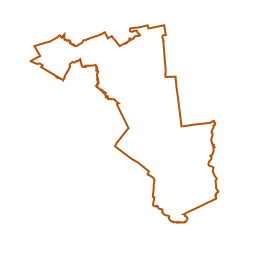 outline of Corbu, Olt, Romania, rotated 352°
{"feature_id": "2599482B79364764988142", "entity_name": "Corbu", "entity_type": "district", "adm_level": 2, "iso_a3": "ROU", "parent_name": "Romania", "parent_adm1": "Olt", "projection": "orthographic", "projection_center": [24.699, 44.468], "detail": "fine", "context": "isolated", "style": "outline", "palette": "amber", "viewbox_px": 256, "rotation_deg": 352, "n_neighbors": 0, "source": "geoboundaries", "source_scale": "gbopen_adm2", "svg_char_len": 5663}
<svg xmlns="http://www.w3.org/2000/svg" viewBox="0 0 256 256"><g transform="rotate(352 128 128)"><path d="M194.8,213.5L205.5,210.2L205.5,209.7L205.3,209.5L205.3,209.0L205.2,208.4L205.4,208.3L205.4,208.1L205.1,207.9L205.1,207.3L205.2,207.0L205.4,206.9L205.3,206.6L205.4,206.4L205.7,206.4L205.6,206.1L205.9,205.7L206.1,205.8L206.3,205.6L206.3,205.4L206.2,205.5L206.2,205.4L206.6,205.1L206.7,204.7L207.3,204.6L208.6,203.8L208.6,203.1L208.2,202.7L207.1,200.4L206.8,199.4L206.9,198.6L207.2,197.2L207.4,193.5L207.1,192.6L208.4,191.4L208.8,190.8L208.7,190.1L207.5,188.2L206.9,186.5L206.8,185.7L206.0,183.7L205.9,182.5L206.7,180.3L207.2,179.0L205.7,177.9L203.6,176.9L202.9,176.3L202.8,176.0L202.6,175.0L202.7,174.5L203.2,173.3L203.5,173.1L203.6,172.5L205.4,171.2L206.1,170.5L206.4,169.7L206.5,168.4L205.8,167.6L205.8,166.9L207.1,166.7L207.5,166.4L208.4,164.6L208.9,164.3L209.1,163.9L209.7,161.7L209.8,159.7L210.8,159.2L210.0,158.7L210.3,158.3L210.7,157.2L210.7,156.6L210.4,156.4L210.2,156.4L209.8,157.2L209.3,156.5L209.7,155.9L209.0,154.8L209.1,153.5L208.9,152.9L208.9,152.1L208.7,151.5L209.1,150.6L209.4,149.1L209.9,148.5L210.9,146.2L210.9,145.5L210.0,144.0L210.3,143.7L210.4,143.0L210.8,142.7L210.9,142.2L211.8,140.5L212.7,139.4L212.9,138.6L212.8,137.6L213.4,137.3L214.0,137.4L214.4,137.1L215.0,135.2L213.9,134.1L213.9,133.9L214.2,133.2L213.9,132.8L211.9,133.4L211.0,134.1L210.0,134.3L190.6,133.8L188.0,134.0L181.2,133.9L181.7,104.2L181.7,93.0L182.2,83.8L172.3,82.7L172.4,79.9L172.5,79.3L173.0,78.7L173.6,73.2L173.8,65.9L174.2,61.7L175.0,46.8L175.4,46.6L175.0,43.9L174.7,43.4L174.7,42.4L175.2,41.3L175.5,41.1L178.4,41.2L178.3,38.8L178.4,37.9L178.1,31.3L162.0,32.3L161.8,29.1L153.1,29.9L150.8,29.9L149.8,29.7L144.1,29.7L143.6,30.6L143.5,30.9L143.6,32.2L143.9,32.7L145.6,33.3L146.1,33.3L147.0,32.7L149.6,32.7L150.1,32.8L150.7,33.4L150.6,34.4L150.8,35.3L151.2,35.8L152.4,36.8L152.7,37.3L152.7,37.8L151.9,38.3L148.0,38.1L146.6,38.9L146.2,40.1L142.5,41.4L142.5,40.6L142.8,39.8L141.7,39.7L142.0,41.6L139.4,42.6L139.5,43.1L137.4,44.1L137.1,43.5L131.1,45.7L130.3,44.1L129.2,42.6L128.0,40.2L125.6,36.8L124.7,34.7L120.5,36.4L118.4,30.1L118.0,30.3L116.8,30.3L116.0,31.1L114.8,31.6L113.6,31.4L112.2,32.1L108.0,32.8L107.2,33.1L104.1,33.5L101.3,34.3L100.3,34.3L99.5,34.6L98.7,35.2L96.2,34.9L95.8,35.2L95.0,36.4L94.4,37.1L88.6,39.6L87.5,39.7L87.4,39.4L86.8,39.3L86.6,38.4L86.2,38.4L85.8,38.6L85.4,38.0L85.3,37.4L84.4,37.7L83.7,36.9L83.4,36.3L82.6,36.2L82.3,36.0L82.3,35.5L82.6,35.1L82.5,34.6L82.9,34.4L82.8,34.0L82.6,33.7L82.5,33.3L81.8,33.5L81.7,33.1L81.3,32.8L80.3,32.7L79.8,33.0L79.4,32.3L79.2,32.3L79.2,32.7L78.4,31.9L77.4,31.8L77.4,31.4L77.8,31.2L77.4,30.1L76.9,29.6L77.5,28.9L77.2,28.2L78.0,27.5L77.9,26.8L78.0,26.5L75.6,28.2L74.9,29.2L74.2,28.3L73.6,27.0L73.2,26.7L69.9,28.8L66.4,30.0L65.6,30.5L64.6,30.8L62.9,31.5L55.7,32.4L46.7,33.9L49.9,41.7L50.5,42.9L51.1,44.5L41.0,48.1L41.1,48.5L46.7,51.9L49.3,51.8L50.5,52.4L52.2,54.2L50.4,55.6L66.1,68.1L64.7,68.1L65.3,68.7L66.3,68.7L70.3,71.3L70.4,71.6L71.9,69.9L72.4,69.1L72.3,68.9L72.1,68.8L72.1,68.6L74.4,65.4L75.2,64.3L75.6,64.2L76.9,62.5L79.1,59.4L79.2,59.0L78.8,58.0L79.4,56.6L79.7,56.3L81.5,55.5L82.4,54.9L83.0,55.2L84.5,55.8L86.4,54.5L87.9,54.7L89.0,54.2L90.2,53.3L90.5,55.2L90.5,56.5L90.9,60.4L91.5,60.4L91.6,60.9L92.5,61.5L94.6,61.7L94.4,60.5L94.9,60.4L96.7,60.7L97.5,60.6L98.5,61.2L99.6,60.9L101.6,61.2L104.1,61.1L104.4,61.1L104.9,61.5L104.9,62.6L105.4,62.7L105.6,63.0L105.8,64.2L105.2,64.3L105.2,64.5L105.5,64.9L105.1,65.2L105.2,65.8L104.7,65.8L104.4,66.6L105.0,66.9L105.5,66.7L105.9,66.9L106.1,67.1L106.2,68.2L105.8,68.5L105.6,69.4L105.3,69.4L104.7,70.0L104.6,70.3L104.9,71.6L104.5,72.0L104.4,72.3L104.6,72.7L104.8,72.9L104.7,73.3L104.8,73.5L104.7,73.7L104.6,74.2L105.0,74.4L104.9,74.7L104.3,75.0L104.4,75.6L104.1,76.1L104.3,76.4L105.0,76.4L104.9,77.7L105.1,78.5L104.4,78.7L104.9,80.0L104.7,80.1L104.1,80.0L103.6,80.2L103.4,80.5L103.6,81.4L103.5,81.6L103.1,81.5L102.8,81.9L102.4,81.9L102.7,82.4L102.7,83.1L103.7,83.6L104.1,84.4L104.9,84.8L105.3,85.8L105.9,86.1L106.2,86.6L106.5,86.6L106.8,86.3L107.2,86.3L107.7,87.1L107.3,87.3L107.3,87.6L108.3,88.0L108.7,88.6L108.5,88.9L109.0,89.4L108.9,89.6L108.4,89.5L108.7,90.1L109.3,90.3L109.6,89.3L110.0,89.2L110.3,90.0L110.2,90.4L110.2,90.7L110.7,90.7L110.1,91.6L110.1,92.1L110.6,93.2L110.3,93.8L110.6,94.1L111.6,93.8L111.4,94.2L111.4,94.3L112.3,94.4L112.2,94.8L111.6,95.0L112.4,95.3L112.5,95.5L112.5,96.1L112.1,96.2L112.1,96.4L113.1,96.7L114.2,96.7L116.0,97.3L118.5,97.7L119.2,99.1L122.1,102.2L121.7,102.2L121.3,102.6L120.5,102.7L120.6,104.1L125.5,119.2L126.2,120.7L126.5,122.2L128.5,128.3L124.7,131.6L119.3,137.0L115.1,140.8L112.6,144.4L127.4,159.2L132.7,163.2L142.7,173.9L140.9,176.7L143.3,178.3L145.8,180.5L146.4,181.4L146.8,182.6L146.6,184.4L146.1,186.4L145.5,187.9L145.3,189.9L144.7,192.8L142.9,199.7L144.5,200.4L142.0,207.5L142.2,208.1L143.0,209.0L143.5,209.0L144.4,209.6L145.0,209.6L145.3,209.2L146.2,209.2L147.1,211.8L147.4,212.2L148.6,212.6L149.2,213.0L149.8,213.0L150.7,213.7L150.8,214.1L150.5,214.7L150.6,215.9L150.2,216.5L150.3,216.8L152.2,219.1L154.0,220.0L155.9,220.6L156.4,221.1L156.5,222.0L156.3,222.5L155.7,222.8L155.7,223.0L156.1,223.7L156.8,225.3L157.5,226.0L158.6,226.8L159.5,226.8L160.0,227.7L162.8,227.9L162.9,228.4L163.2,228.6L164.4,228.5L164.9,228.0L165.3,228.8L166.9,228.7L166.9,228.9L168.6,229.0L168.5,228.8L169.0,229.2L170.4,229.5L171.1,229.2L171.2,228.9L171.7,229.1L171.9,229.0L173.8,227.1L174.3,226.3L174.3,225.8L174.3,225.2L174.0,224.7L173.3,223.9L172.4,223.4L172.3,223.0L172.5,222.6L172.4,222.2L172.3,221.9L171.0,221.3L176.6,219.3L182.1,217.6L183.3,217.4L184.1,217.0L192.1,214.5L194.8,213.5Z" fill="none" stroke="#b45309" stroke-width="2"/></g></svg>